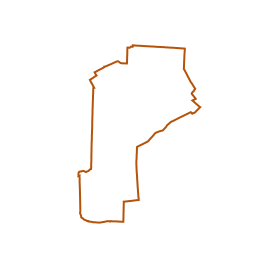 Phuoc Long, Bạc Liêu, Vietnam (Mercator projection), rotated 315°
{"feature_id": "81297802B5473399388769", "entity_name": "Phuoc Long", "entity_type": "district", "adm_level": 2, "iso_a3": "VNM", "parent_name": "Vietnam", "parent_adm1": "Bạc Liêu", "projection": "mercator", "projection_center": [105.424, 9.386], "detail": "fine", "context": "isolated", "style": "outline", "palette": "amber", "viewbox_px": 256, "rotation_deg": 315, "n_neighbors": 0, "source": "geoboundaries", "source_scale": "gbopen_adm2", "svg_char_len": 5619}
<svg xmlns="http://www.w3.org/2000/svg" viewBox="0 0 256 256"><g transform="rotate(315 128 128)"><path d="M186.3,164.4L188.1,164.3L189.2,164.3L190.3,164.3L192.4,164.3L193.4,164.3L193.8,164.3L193.7,163.8L193.6,163.3L193.6,162.8L193.5,162.3L193.4,160.0L193.3,159.5L193.1,155.4L193.0,154.1L195.7,155.0L196.1,155.2L196.5,155.3L196.7,154.5L196.8,153.0L196.8,152.6L196.9,152.4L197.0,151.6L197.0,150.6L197.1,150.4L197.2,149.1L197.3,148.9L197.5,148.6L198.2,148.4L198.3,148.4L198.9,148.4L199.4,148.3L200.2,148.3L200.4,148.3L200.7,148.4L201.0,148.4L201.4,148.3L201.5,148.2L202.0,147.9L202.3,147.8L202.6,147.8L202.9,147.9L203.0,147.9L203.3,147.8L203.6,146.0L204.3,143.2L204.4,142.6L204.5,142.3L204.8,140.9L204.9,139.9L204.9,139.7L205.0,139.5L205.3,138.6L207.0,133.1L207.4,132.0L207.6,131.3L207.7,131.0L207.7,130.9L207.9,130.5L208.2,129.4L209.2,126.2L209.1,125.9L212.0,123.2L213.0,122.3L213.7,121.6L215.4,120.1L219.4,116.4L220.3,115.6L224.0,112.4L224.3,112.0L223.5,111.1L223.2,110.7L222.7,110.2L222.3,109.8L222.0,109.3L221.1,108.3L218.2,105.0L217.4,104.0L217.1,103.6L216.7,103.2L215.9,102.4L214.7,101.0L213.5,99.7L212.7,98.7L211.8,97.8L211.4,97.3L211.1,96.9L210.8,96.4L210.4,96.0L209.3,94.9L207.6,93.0L206.0,91.2L204.9,90.0L204.6,89.6L204.1,89.0L203.7,88.5L202.8,87.6L202.0,86.7L201.2,85.8L196.8,80.9L196.4,80.4L196.0,79.9L194.6,78.3L194.1,77.8L192.3,75.8L191.8,75.3L191.4,74.7L190.4,73.6L189.9,73.0L189.6,73.3L189.3,73.6L189.1,73.8L188.9,73.9L188.7,73.9L188.5,73.7L188.3,73.3L188.1,73.1L187.9,72.9L187.7,72.6L186.7,72.6L186.3,72.5L186.1,72.4L185.7,72.3L185.6,72.1L185.5,71.9L185.4,71.7L185.2,71.5L185.1,71.3L184.7,70.9L184.5,70.7L184.3,70.8L183.5,71.6L183.2,72.0L182.5,72.5L181.1,73.9L180.5,74.5L178.8,76.1L177.4,77.4L176.0,78.7L173.6,81.0L172.9,81.6L172.4,81.1L171.6,80.2L171.0,79.6L170.4,78.9L169.9,78.4L169.4,77.9L168.9,77.1L168.7,76.7L168.6,76.4L168.3,74.3L168.2,73.9L168.1,73.7L167.7,73.4L167.2,73.1L166.5,72.8L164.9,72.2L163.6,71.7L162.8,71.4L161.9,71.1L161.1,70.8L158.2,69.6L156.3,68.9L155.6,68.5L155.4,68.4L155.0,68.3L154.6,67.9L154.3,68.2L152.8,67.8L149.7,66.9L149.0,66.6L148.0,66.3L146.6,65.9L145.5,65.6L143.8,65.0L143.1,67.3L142.9,68.0L142.8,68.4L142.8,68.6L140.0,68.0L139.0,67.9L135.1,67.0L133.9,70.8L133.7,71.8L133.0,73.9L132.5,75.6L131.9,75.1L130.1,76.7L129.6,77.2L128.2,78.6L126.6,80.0L122.2,84.1L121.3,84.9L118.7,87.4L114.9,90.9L113.0,92.8L111.4,94.3L110.4,95.2L107.8,97.7L106.6,98.8L105.1,100.3L103.7,101.7L101.0,104.2L100.1,105.0L99.3,105.8L98.3,106.7L97.4,107.5L93.5,111.3L92.7,111.9L89.7,114.8L88.0,116.4L87.0,117.4L86.0,118.4L82.8,121.4L79.6,124.6L77.3,126.7L76.9,127.1L75.6,128.3L75.0,129.0L73.7,130.2L73.2,130.5L72.8,130.9L72.5,130.7L72.3,130.5L72.0,130.4L71.3,130.4L70.9,130.4L70.4,130.4L69.7,130.4L69.1,130.2L68.8,130.0L68.2,129.8L68.0,129.7L67.7,129.6L67.3,129.5L67.2,129.4L67.0,129.2L66.9,129.0L66.8,128.6L66.7,128.1L66.5,127.6L66.3,127.3L66.0,126.9L65.7,126.5L65.2,126.1L64.9,125.9L64.1,125.6L63.9,125.3L63.5,125.1L62.8,124.6L62.6,124.5L62.3,124.5L61.9,124.5L61.0,125.0L60.7,125.3L59.6,126.4L59.3,126.7L58.9,127.0L59.8,127.5L59.6,127.6L58.6,129.0L55.3,132.3L51.5,136.4L43.6,144.7L35.6,153.0L35.2,153.4L34.7,153.6L33.9,154.3L33.5,155.1L33.3,155.7L32.9,156.6L32.5,157.2L31.9,157.9L31.7,158.3L31.7,158.5L31.8,158.9L32.0,159.3L32.1,159.7L32.1,160.6L32.1,161.2L32.3,162.1L32.5,162.6L32.6,162.8L32.9,163.2L33.3,164.8L33.7,165.2L33.9,165.3L33.9,165.5L34.0,165.6L33.9,165.8L33.8,166.0L34.1,166.4L34.3,166.5L34.6,166.8L34.8,167.2L36.4,169.3L36.6,169.6L36.7,170.0L36.9,170.2L37.2,170.6L37.4,170.8L37.6,170.9L37.7,171.0L37.8,171.1L38.1,171.5L40.4,174.2L41.4,175.2L42.7,176.0L43.7,176.8L45.5,178.0L46.0,178.3L47.2,179.1L47.8,179.6L49.2,181.1L49.1,181.4L49.1,181.5L49.3,181.7L49.5,181.7L50.1,181.8L50.2,182.0L51.7,183.8L52.1,184.2L52.5,184.5L54.5,186.7L55.9,188.3L57.3,189.9L58.4,191.0L59.0,190.4L59.8,189.7L60.7,188.8L61.5,188.1L62.7,186.9L63.2,186.4L63.9,185.7L64.7,185.0L71.6,178.4L72.0,178.0L72.9,177.1L73.1,177.3L73.8,177.8L74.6,178.5L75.1,178.9L77.5,180.8L78.6,181.7L79.5,182.4L81.0,183.6L81.5,183.9L82.3,184.6L82.9,185.0L84.2,186.1L84.7,186.5L85.5,185.6L86.1,184.9L86.3,184.6L86.5,184.2L87.3,183.3L87.7,182.9L88.7,181.7L90.2,179.9L91.0,179.1L91.8,178.1L92.5,177.3L93.2,176.5L94.8,174.7L95.5,173.9L96.2,173.1L97.6,171.5L98.6,170.3L99.8,169.1L100.9,167.8L101.4,167.2L102.5,165.9L103.0,165.3L104.2,164.0L105.3,162.8L106.4,161.6L107.0,161.0L107.5,160.4L107.9,160.0L108.3,159.5L109.1,158.7L110.0,157.8L110.9,157.0L113.0,155.2L114.5,153.7L115.2,153.0L115.8,152.6L117.4,151.1L117.9,150.6L118.5,150.1L118.8,149.8L119.3,149.3L119.9,148.8L120.2,148.5L120.9,147.8L121.3,147.9L121.5,147.9L121.9,148.0L123.2,148.5L123.8,148.7L125.2,149.1L125.9,149.4L127.0,149.8L129.9,150.7L130.4,150.9L130.9,151.0L131.7,151.3L132.2,151.5L132.7,151.5L133.4,151.6L134.2,151.6L134.7,151.5L135.1,151.4L136.4,151.4L136.7,151.4L137.1,151.3L138.5,151.3L138.9,151.3L139.3,151.2L140.5,151.2L140.9,151.1L141.2,151.1L142.1,151.0L142.8,150.9L143.8,150.9L144.2,151.0L144.5,151.1L144.9,151.3L145.9,151.7L147.0,152.2L147.5,152.4L148.6,153.0L149.5,153.5L150.0,153.9L151.2,154.3L151.3,154.4L151.5,154.4L151.8,154.4L152.3,154.3L153.8,154.2L154.9,154.2L156.0,154.1L156.4,154.0L157.1,153.8L157.6,153.7L158.1,153.7L158.5,153.7L159.5,153.9L160.6,153.9L161.5,154.0L162.3,154.0L162.6,154.0L165.6,155.2L166.2,155.3L167.3,155.7L167.5,155.7L168.5,156.1L169.1,156.3L169.5,156.4L171.0,156.9L171.6,157.1L172.2,157.3L175.1,158.3L177.5,159.1L178.3,159.4L178.6,159.5L179.1,159.7L179.5,159.9L180.1,160.0L183.6,161.2L183.6,162.3L183.5,162.6L183.4,162.9L183.5,163.1L184.1,163.3L184.0,163.5L185.6,164.1L186.3,164.4Z" fill="none" stroke="#b45309" stroke-width="2"/></g></svg>